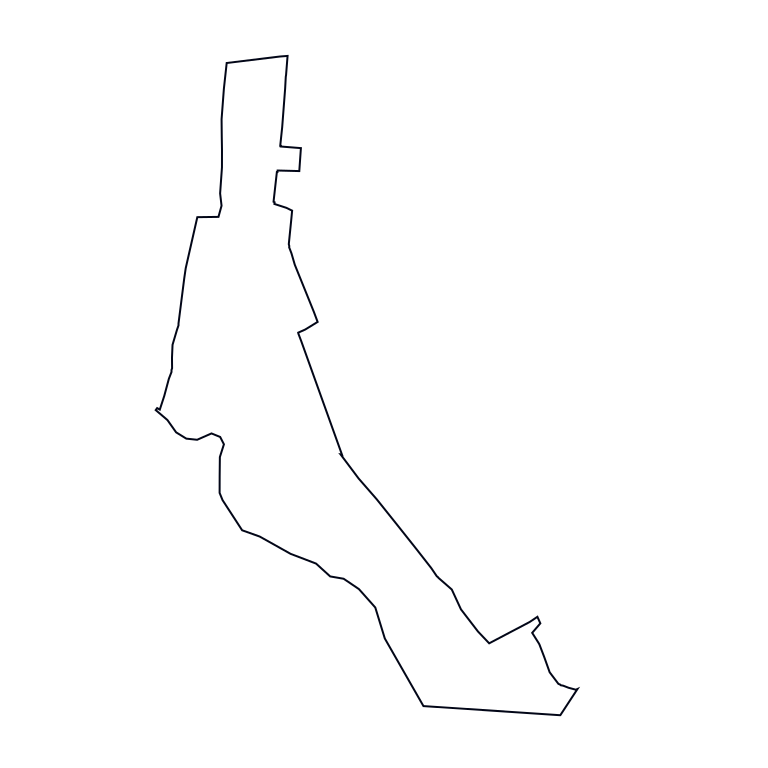 the district of Kaka, Ahal, Turkmenistan, rotated 6°
{"feature_id": "10190150B850620817547", "entity_name": "Kaka", "entity_type": "district", "adm_level": 2, "iso_a3": "TKM", "parent_name": "Turkmenistan", "parent_adm1": "Ahal", "projection": "robinson", "projection_center": [59.791, 37.761], "detail": "fine", "context": "isolated", "style": "outline", "palette": "ink", "viewbox_px": 768, "rotation_deg": 6, "n_neighbors": 0, "source": "geoboundaries", "source_scale": "gbopen_adm2", "svg_char_len": 1490}
<svg xmlns="http://www.w3.org/2000/svg" viewBox="0 0 768 768"><g transform="rotate(6 384 384)"><path d="M194.0,81.2L193.9,107.0L194.8,137.7L196.6,153.3L198.4,168.1L200.2,185.5L201.1,211.6L203.8,223.7L201.9,235.1L180.9,237.6L174.7,289.6L174.3,299.6L173.3,345.3L173.5,347.2L172.5,351.5L169.6,367.1L170.4,380.0L171.6,390.5L171.2,392.3L171.4,394.3L169.5,401.3L166.7,418.9L163.7,432.9L160.9,431.7L159.7,433.8L172.4,442.5L182.3,453.8L193.1,459.0L204.0,459.0L217.6,451.2L226.6,453.8L231.1,460.7L228.4,473.8L230.2,492.9L231.9,509.5L235.6,516.4L258.2,544.3L276.3,548.7L308.9,562.7L335.2,569.7L350.6,581.0L364.2,581.9L380.5,590.6L398.7,607.2L411.4,637.0L456.9,700.2L593.5,695.0L594.0,694.9L608.3,667.1L607.6,667.5L606.8,668.0L599.3,666.8L593.7,665.3L591.2,665.1L590.6,664.5L588.8,664.0L578.9,653.4L571.9,638.8L565.8,626.8L565.2,625.9L557.4,616.0L557.8,615.4L564.5,605.7L560.9,599.5L553.7,605.5L515.7,630.9L503.3,620.3L484.1,600.1L472.9,581.3L458.4,571.1L457.9,570.5L456.6,569.7L450.3,562.2L433.5,544.8L412.6,523.5L388.8,499.4L368.7,480.7L348.3,458.7L349.7,458.9L297.3,350.2L293.6,342.9L293.3,341.9L299.9,338.1L311.5,329.2L306.7,319.6L282.8,274.7L278.3,263.7L275.4,258.0L275.4,256.7L274.7,254.9L274.6,231.3L274.5,221.2L268.5,219.0L256.2,216.4L256.2,214.7L255.1,214.3L255.3,184.4L255.9,184.3L255.9,182.8L277.5,181.1L276.7,158.1L256.5,158.6L256.5,157.9L255.9,157.9L255.9,139.2L254.8,100.6L254.2,88.7L254.3,86.9L253.8,67.8L246.2,69.2L194.0,81.2Z" fill="none" stroke="#020617" stroke-width="2"/></g></svg>